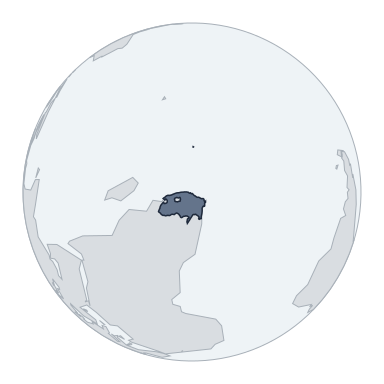 South Africa highlighted on a globe, orthographic projection, rotated 215°
{"feature_id": "ZAF", "entity_name": "South Africa", "entity_type": "country or territory", "adm_level": 0, "iso_a3": "ZAF", "parent_name": "Africa", "parent_adm1": "", "projection": "orthographic", "projection_center": [25.295, -34.555], "detail": "fine", "context": "on_globe", "style": "filled", "palette": "slate", "viewbox_px": 384, "rotation_deg": 215, "n_neighbors": 0, "source": "natural_earth", "source_scale": "50m", "svg_char_len": 8718}
<svg xmlns="http://www.w3.org/2000/svg" viewBox="0 0 384 384"><g transform="rotate(215 192 192)"><circle cx="192" cy="192" r="169" fill="#eef3f6" stroke="#a8b0b8"/><path d="M25.3,164.6L25.4,165.0L28.1,159.7L28.7,163.4L28.1,168.3L29.7,166.0L29.7,168.4L38.7,158.9L45.6,158.3L46.9,167.0L44.1,182.5L48.6,208.2L45.5,225.1L49.4,235.9L55.1,255.7L52.6,260.9L58.2,265.0L60.8,271.9L60.5,276.2L64.6,280.9L64.6,283.9L67.6,284.6L73.8,294.4L79.3,297.1L85.4,304.4L89.0,305.7L89.0,306.9L90.7,309.2L92.9,310.5L90.2,312.5L82.4,308.5L78.2,304.4L78.1,305.7L68.4,295.7L70.6,299.0L59.0,287.8L50.4,276.1L33.7,247.6L31.9,244.3L31.6,245.2L27.9,232.2L25.2,218.8L23.6,205.3L23.0,191.7L23.6,178.1L25.3,164.6ZM96.7,310.1L91.5,312.9L93.5,311.0L89.7,306.6L94.4,305.9L96.7,310.1ZM87.8,297.8L86.5,293.8L87.7,293.8L88.9,296.5L87.8,297.8ZM166.9,24.9L167.4,24.9L182.3,23.3L185.2,23.2L185.3,23.2L197.6,23.1L209.9,24.0L222.1,25.7L234.1,28.4L245.9,31.9L257.4,36.2L268.6,41.4L279.3,47.4L289.6,54.1L299.4,61.6L308.6,69.7L317.2,78.5L325.1,87.9L332.3,97.9L338.8,108.4L344.5,119.3L349.4,130.6L353.4,142.2L356.6,154.1L356.5,154.5L355.8,151.3L350.6,135.3L352.2,143.5L356.3,158.2L357.8,170.5L355.8,162.3L354.0,151.4L352.1,145.4L350.8,137.7L345.6,123.0L343.5,120.4L341.9,115.9L334.5,102.4L330.4,98.7L325.2,101.1L327.4,112.3L324.3,114.6L313.2,92.3L307.7,80.8L304.0,79.3L292.3,67.0L272.9,58.4L269.9,55.6L266.3,55.2L258.0,51.0L253.3,46.9L248.4,45.9L260.9,57.0L266.1,58.4L270.1,56.6L272.6,60.4L280.6,66.1L272.6,71.5L243.5,72.7L240.3,64.3L216.2,43.1L216.7,41.4L216.6,41.2L216.3,40.9L214.4,43.5L210.2,40.3L223.4,52.8L225.8,58.8L243.1,73.1L241.5,74.2L247.0,77.8L264.0,78.6L264.1,81.5L256.3,93.4L232.5,110.6L235.5,127.1L233.5,141.6L218.2,150.2L219.2,162.8L211.3,166.8L210.6,174.3L204.0,182.2L193.2,190.2L175.2,191.3L174.3,184.1L165.7,171.4L153.8,142.7L158.6,129.2L157.1,120.0L144.0,102.8L146.9,92.3L143.3,89.0L136.0,91.5L131.9,87.9L127.4,88.9L99.6,101.5L91.0,99.4L80.7,88.7L85.7,80.5L86.5,74.3L120.9,44.2L128.3,42.3L155.5,34.3L158.9,34.2L155.8,37.7L176.2,39.6L182.7,36.2L201.2,38.5L213.4,39.1L217.6,33.4L197.5,32.1L194.0,29.6L209.9,28.4L227.4,30.9L226.6,30.0L215.5,27.0L219.4,26.6L211.6,26.1L214.8,27.0L210.0,27.0L206.8,26.2L208.3,25.9L203.0,25.4L197.2,27.3L199.8,28.5L186.0,29.0L189.1,31.1L185.3,32.4L178.8,29.3L179.4,28.2L167.2,27.0L165.3,28.0L176.7,29.5L173.2,29.6L170.7,31.8L169.8,30.2L157.9,29.0L145.4,32.1L129.5,40.7L122.2,43.6L116.0,45.1L121.7,39.4L137.4,33.7L139.7,32.3L136.4,32.6L141.5,31.1L142.1,30.7L148.0,29.1L156.3,26.9L162.3,25.7L163.0,25.6L166.9,24.9ZM109.3,55.3L108.4,57.0L109.3,55.3ZM246.3,37.7L256.5,40.9L251.2,36.7L254.7,37.8L251.7,36.2L250.8,36.4L243.2,32.7L247.4,33.5L245.8,32.5L242.3,31.4L235.9,30.8L246.7,35.8L244.6,36.3L246.3,37.7ZM150.7,28.2L151.0,28.1L149.3,28.6L136.1,32.6L141.4,30.8L140.5,31.1L150.7,28.2ZM162.7,32.6L165.3,32.3L169.5,31.7L168.0,33.3L162.7,32.6ZM154.4,31.6L156.8,31.1L156.7,32.6L154.0,33.0L154.4,31.6ZM158.1,29.7L156.9,30.9L156.0,30.5L158.1,29.7ZM214.1,34.0L210.6,34.8L208.8,34.2L210.3,34.0L214.1,34.0ZM188.2,33.0L194.1,33.7L187.7,33.4L188.2,33.0ZM269.1,250.6L269.2,254.3L267.0,253.3L269.1,250.6ZM261.4,144.9L248.9,170.0L241.2,168.5L240.3,159.8L245.2,143.9L254.3,141.3L258.9,135.3L261.4,144.9ZM358.3,221.2L357.6,225.1L357.5,225.6L358.3,221.2ZM359.0,215.4L358.6,219.4L358.8,216.2L359.0,215.4ZM358.1,223.1L358.4,221.0L358.2,222.6L358.1,223.1ZM359.2,212.9L358.2,199.2L357.2,192.2L357.9,191.0L359.4,200.1L359.2,212.9ZM357.8,190.5L355.8,175.8L350.0,146.1L352.2,150.1L357.6,172.7L357.3,174.0L358.6,184.2L357.8,190.5ZM360.8,198.3L360.5,203.2L360.4,195.1L360.1,190.7L359.9,180.4L360.0,177.7L360.4,180.6L360.5,179.9L360.8,198.3ZM328.1,113.9L331.7,123.5L329.7,122.9L328.1,113.9ZM297.2,323.4L303.5,318.5L299.2,322.5L295.7,324.9L297.2,323.4ZM303.4,319.0L304.5,318.0L307.8,315.0L307.9,314.6L312.3,310.0L320.4,301.4L320.3,301.1L323.0,298.4L321.6,299.4L326.6,293.3L330.5,287.3L330.1,275.7L331.7,269.8L335.0,266.9L343.6,250.3L343.4,252.1L348.1,242.8L350.3,247.6L353.0,243.2L348.6,255.5L343.2,267.4L336.9,278.9L329.7,289.9L321.7,300.3L312.9,310.0L303.4,319.0Z" fill="#d9dde1" stroke="#a8b0b8" stroke-width="1"/><path d="M203.1,156.1L203.9,156.0L204.6,156.1L205.3,156.4L206.1,156.6L206.8,156.5L207.3,156.5L207.7,156.6L208.1,156.7L208.3,156.9L208.3,157.1L208.4,157.5L208.6,158.2L208.7,158.7L208.9,159.5L208.8,159.9L208.9,160.1L209.0,160.3L209.2,160.7L209.3,160.9L209.3,161.0L209.5,161.3L209.6,161.7L209.7,162.3L209.8,162.6L209.9,163.0L209.9,163.5L209.9,164.1L209.8,164.8L209.8,165.3L209.8,165.6L209.7,166.4L209.6,166.8L209.6,167.1L209.6,167.3L209.4,167.4L208.8,167.0L208.2,166.6L207.7,166.9L207.3,167.3L207.2,167.6L206.9,167.9L206.5,168.5L206.5,169.1L206.5,169.5L206.8,170.0L207.1,170.5L207.6,170.9L208.1,171.1L208.9,171.2L209.4,171.3L209.4,170.9L209.5,170.3L209.6,169.8L209.8,169.9L210.1,169.9L210.5,170.0L210.8,170.0L211.1,170.1L211.6,170.1L211.9,170.1L211.8,170.8L211.3,171.8L211.2,172.3L210.8,174.0L210.3,174.8L210.1,175.2L209.3,175.8L209.2,175.9L208.7,176.0L207.5,177.2L207.0,177.8L206.6,178.7L206.2,179.2L205.6,180.2L205.1,181.0L204.6,181.7L203.8,182.7L203.4,183.0L203.2,183.2L202.5,183.7L201.6,184.7L200.9,185.5L199.8,186.4L199.2,186.8L198.3,187.7L198.1,187.8L197.1,188.5L196.4,189.0L195.2,189.5L194.8,189.7L193.7,189.5L193.3,189.6L192.9,189.9L192.8,190.4L192.7,190.5L192.4,190.4L191.7,190.2L191.3,190.3L191.0,190.5L190.9,190.9L190.3,190.9L189.3,190.6L188.1,190.4L187.8,190.4L187.2,190.6L186.2,190.6L185.7,190.5L185.3,190.5L185.0,190.6L184.6,190.7L183.5,191.6L182.9,191.6L182.4,191.8L182.2,191.8L181.7,191.7L181.3,191.7L181.0,191.9L180.4,192.0L180.2,192.1L179.2,193.0L178.8,193.0L178.3,193.0L177.7,192.6L177.5,192.2L177.4,192.1L177.1,192.0L176.9,191.9L176.6,191.9L176.3,191.9L176.3,191.7L176.3,191.4L176.2,191.2L175.9,191.1L175.7,191.1L175.4,191.2L175.4,191.4L175.4,191.9L175.1,191.5L175.0,191.2L175.1,190.8L175.3,190.6L175.3,190.3L175.2,190.1L174.9,189.5L174.7,189.3L174.5,189.1L174.2,188.7L173.9,188.2L173.7,188.0L173.6,187.6L173.7,187.4L173.9,187.2L174.1,187.4L174.3,187.3L174.6,187.0L174.7,186.6L174.7,185.9L174.6,185.4L174.3,184.3L174.1,184.1L173.5,183.3L172.8,182.3L171.9,180.7L171.4,179.7L170.6,177.7L170.0,176.6L169.3,175.6L169.2,175.5L169.3,175.4L169.6,175.1L169.8,175.0L170.0,174.8L170.0,174.6L170.0,174.4L170.2,174.0L170.3,173.8L170.6,173.7L170.9,173.8L171.0,173.9L171.0,174.1L171.3,174.2L171.5,174.3L171.5,174.6L171.4,174.8L171.5,175.0L171.7,175.3L171.8,175.5L172.2,175.6L172.4,175.7L172.8,175.7L173.1,175.8L173.5,175.9L174.0,175.9L174.7,175.8L175.4,175.8L175.9,175.9L176.2,175.9L176.4,175.8L176.5,175.7L176.6,175.3L176.8,175.3L177.0,175.1L177.1,174.8L177.4,174.6L178.0,174.4L178.2,174.0L178.2,172.7L178.1,171.4L178.1,170.1L178.0,168.8L177.9,167.5L177.9,166.2L177.8,164.9L177.8,163.7L177.9,163.8L178.8,164.4L179.0,164.7L179.2,164.9L179.5,165.7L179.8,166.4L180.1,166.9L180.1,167.1L180.1,167.4L180.2,167.5L180.0,167.9L179.9,168.1L179.7,168.4L179.7,168.8L179.8,169.3L179.9,169.5L180.0,169.6L180.4,169.5L180.6,169.5L180.9,169.6L181.9,169.5L182.0,169.5L182.4,169.5L182.5,169.5L182.6,169.4L182.8,169.1L183.1,168.9L183.3,168.9L183.6,168.7L183.9,168.1L184.5,167.6L184.9,167.3L185.0,167.2L185.2,166.5L185.4,166.0L185.4,165.8L185.6,165.4L185.8,165.1L186.0,164.9L186.3,164.9L186.6,164.8L186.9,164.9L187.3,165.0L187.7,165.3L188.1,165.6L188.3,165.7L188.5,165.8L188.8,165.8L189.1,165.8L189.4,166.1L189.6,166.1L190.0,166.2L190.5,166.3L190.9,166.3L191.2,166.2L191.5,166.1L191.8,166.2L192.1,166.1L192.4,166.0L192.6,165.9L192.8,165.7L193.0,165.2L193.1,164.8L193.3,164.4L193.5,163.8L193.6,163.3L193.7,163.2L194.0,163.1L195.0,162.8L195.2,162.6L195.6,162.2L195.9,161.9L196.1,161.8L196.5,160.4L196.6,160.2L196.8,159.9L197.0,159.7L197.3,159.6L197.5,159.4L198.0,159.3L198.1,159.2L198.4,158.9L198.6,158.9L198.7,158.7L198.8,158.6L199.0,158.5L199.2,158.3L199.2,158.2L199.4,157.9L199.9,157.4L200.4,157.1L200.8,157.1L201.3,157.0L201.7,156.8L201.9,156.6L202.1,156.3L202.5,156.1L203.1,156.1ZM200.8,179.0L201.2,178.9L201.4,178.8L201.5,178.7L201.8,178.2L201.8,177.9L202.0,177.8L202.1,177.7L202.4,177.2L202.5,176.8L202.5,176.7L202.4,176.3L202.3,176.1L202.2,176.1L202.0,175.9L201.7,175.7L201.4,175.5L201.2,175.2L200.9,174.9L200.7,174.6L200.2,174.6L199.6,174.9L199.2,175.1L198.9,175.4L198.5,175.5L198.3,175.5L198.1,175.9L197.9,176.1L197.7,176.4L197.6,176.5L197.5,176.8L197.3,177.0L197.1,177.2L196.9,177.3L196.6,177.4L196.5,177.5L196.6,177.9L196.7,178.2L196.8,178.5L197.0,178.7L197.1,178.9L197.3,179.1L197.2,179.4L197.3,179.5L197.6,179.7L197.6,179.8L197.8,180.0L198.0,180.2L198.2,180.4L198.6,180.5L198.9,180.6L199.0,180.5L199.1,180.4L199.2,180.2L199.3,179.9L199.7,179.3L199.9,179.1L200.0,179.1L200.4,179.1L200.5,179.1L200.8,179.0ZM217.1,229.8L216.6,229.8L216.6,229.6L216.8,229.4L217.0,229.5L217.1,229.8Z" fill="#64748b" stroke="#1e293b" stroke-width="1.5"/></g></svg>